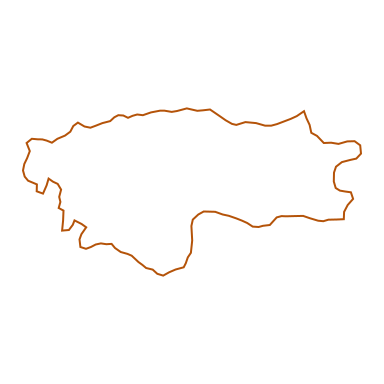 outline of Rianápolis, Goiás, Brazil
{"feature_id": "56859067B46542893543855", "entity_name": "Rianápolis", "entity_type": "district", "adm_level": 2, "iso_a3": "BRA", "parent_name": "Brazil", "parent_adm1": "Goiás", "projection": "albers", "projection_center": [-49.442, -15.481], "detail": "fine", "context": "isolated", "style": "outline", "palette": "amber", "viewbox_px": 384, "rotation_deg": 0, "n_neighbors": 0, "source": "geoboundaries", "source_scale": "gbopen_adm2", "svg_char_len": 1834}
<svg xmlns="http://www.w3.org/2000/svg" viewBox="0 0 384 384"><path d="M353.1,198.9L350.9,192.3L345.1,191.5L339.9,190.6L335.7,188.0L333.8,181.5L334.0,172.6L336.0,166.7L341.9,162.1L350.4,159.9L356.3,158.6L361.0,153.6L360.2,145.3L354.6,141.2L347.3,141.4L338.5,143.9L331.1,142.7L323.8,143.0L317.0,135.9L311.3,132.8L309.6,124.9L306.5,118.3L304.0,111.2L296.8,116.1L290.7,118.9L277.0,124.1L271.1,125.7L265.2,125.7L256.1,123.1L245.4,122.1L236.3,124.9L232.0,123.9L225.7,120.3L220.7,116.8L214.0,112.2L210.0,109.5L203.1,110.3L197.3,110.8L186.8,108.4L177.1,111.0L171.7,111.9L164.6,110.7L159.9,110.7L151.0,112.4L142.9,115.2L137.2,114.5L132.6,115.8L128.0,117.8L123.3,115.5L118.3,115.2L114.3,117.3L110.2,121.1L102.4,123.1L95.8,125.7L90.4,127.7L84.5,126.5L77.9,122.6L73.3,126.0L70.3,131.7L65.0,135.6L57.4,138.8L51.9,142.7L46.7,140.6L42.3,139.4L37.6,139.3L31.8,138.8L26.6,143.0L29.8,151.1L27.1,158.2L24.3,164.0L23.0,170.5L24.7,176.6L28.1,180.7L36.9,184.4L36.7,191.3L43.0,193.6L46.6,185.4L48.6,178.6L53.0,181.7L57.7,183.9L61.1,189.6L59.2,196.9L60.4,201.9L58.7,208.0L63.5,210.6L63.1,220.4L62.1,230.6L68.9,230.0L72.8,224.8L74.5,220.4L81.6,224.0L86.2,227.3L81.4,234.2L79.5,239.4L80.4,247.0L86.0,248.8L90.9,247.0L95.7,244.5L100.9,243.4L106.3,244.2L111.6,243.9L115.0,248.0L120.7,252.0L127.5,253.9L131.7,255.7L138.4,262.0L142.4,264.9L146.1,268.0L152.7,269.6L157.3,273.8L163.2,275.6L169.1,272.3L175.6,269.5L183.7,267.3L185.8,263.2L187.8,257.4L190.9,252.8L192.2,240.5L191.4,226.0L192.8,219.6L198.3,214.5L203.7,211.5L215.2,211.8L222.7,214.5L228.8,215.8L236.3,218.4L241.9,220.6L247.2,223.0L252.7,226.6L258.6,227.0L263.0,225.8L269.8,225.0L276.7,217.4L281.5,216.1L286.0,216.3L293.8,216.1L303.1,215.9L309.8,218.2L318.1,220.7L323.3,221.2L328.4,219.7L337.0,219.5L343.8,219.2L344.1,211.9L347.7,205.0L353.1,198.9Z" fill="none" stroke="#b45309" stroke-width="2"/></svg>